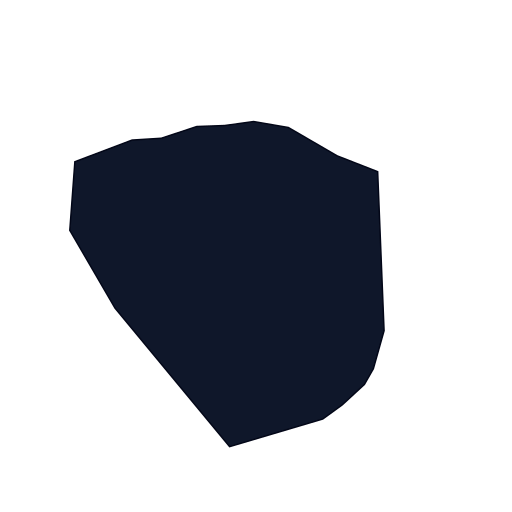 an SVG outline of Trnovska vas, rotated 59°
{"feature_id": "SVN-230", "entity_name": "Trnovska vas", "entity_type": "Municipality", "adm_level": 1, "iso_a3": "SVN", "parent_name": "Slovenia", "parent_adm1": "", "projection": "albers", "projection_center": [15.891, 46.523], "detail": "fine", "context": "isolated", "style": "filled", "palette": "ink", "viewbox_px": 512, "rotation_deg": 59, "n_neighbors": 0, "source": "natural_earth", "source_scale": "10m", "svg_char_len": 384}
<svg xmlns="http://www.w3.org/2000/svg" viewBox="0 0 512 512"><g transform="rotate(59 256 256)"><path d="M246.4,108.3L386.0,184.7L413.1,213.5L421.9,229.2L428.0,258.7L430.1,282.7L405.8,376.8L228.1,403.7L138.1,402.4L81.9,362.7L92.8,302.5L106.3,276.5L114.5,240.1L128.0,215.7L139.5,188.8L162.5,162.1L211.9,134.9L246.4,108.3Z" fill="#0f172a" stroke="#020617" stroke-width="1.5"/></g></svg>